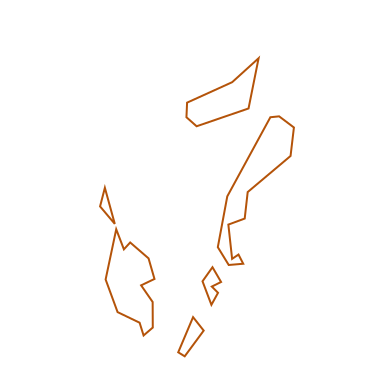 an SVG outline of Nusa Tenggara Timur, rotated 118°
{"feature_id": "IDN-1235", "entity_name": "Nusa Tenggara Timur", "entity_type": "Province", "adm_level": 1, "iso_a3": "IDN", "parent_name": "Indonesia", "parent_adm1": "", "projection": "natural_earth1", "projection_center": [122.339, -9.496], "detail": "coarse", "context": "isolated", "style": "outline", "palette": "amber", "viewbox_px": 384, "rotation_deg": 118, "n_neighbors": 0, "source": "natural_earth", "source_scale": "10m", "svg_char_len": 765}
<svg xmlns="http://www.w3.org/2000/svg" viewBox="0 0 384 384"><g transform="rotate(118 192 192)"><path d="M239.2,125.3L228.6,143.3L179.3,158.8L89.2,157.9L84.3,150.6L87.2,132.3L113.9,121.9L165.9,142.8L190.7,133.0L203.7,144.6L232.2,125.2L225.4,121.6L231.3,113.1L239.2,125.3ZM298.3,193.1L307.6,175.1L330.1,163.0L341.4,167.4L332.0,176.9L333.0,201.3L309.8,227.2L260.5,241.4L274.6,225.2L265.6,222.9L271.0,199.2L286.4,184.3L298.3,193.1ZM131.8,218.8L128.6,232.0L115.4,238.3L76.2,208.1L42.6,196.0L91.7,181.3L131.8,218.8ZM340.5,121.3L340.0,128.9L302.0,132.3L308.9,116.6L340.5,121.3ZM282.5,121.9L265.9,140.8L248.8,138.6L257.8,124.1L266.2,130.1L268.8,121.7L282.5,121.9ZM256.4,245.2L247.9,266.4L229.2,270.9L256.4,245.2Z" fill="none" stroke="#b45309" stroke-width="2"/></g></svg>